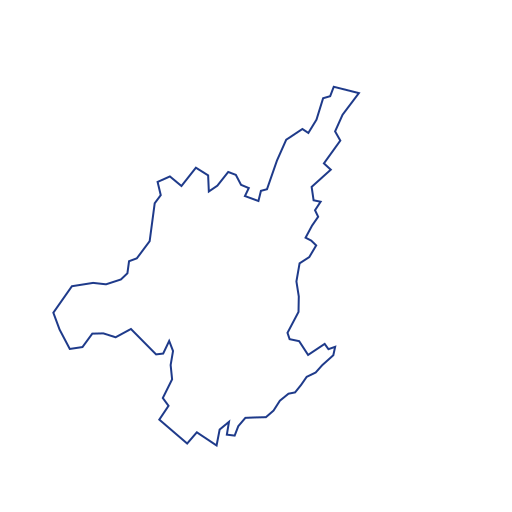 the Municipality of Kiev City, rotated 220°
{"feature_id": "UKR-4826", "entity_name": "Kiev City", "entity_type": "Municipality", "adm_level": 1, "iso_a3": "UKR", "parent_name": "Ukraine", "parent_adm1": "", "projection": "mercator", "projection_center": [30.516, 50.341], "detail": "fine", "context": "isolated", "style": "outline", "palette": "blue", "viewbox_px": 512, "rotation_deg": 220, "n_neighbors": 0, "source": "natural_earth", "source_scale": "10m", "svg_char_len": 1328}
<svg xmlns="http://www.w3.org/2000/svg" viewBox="0 0 512 512"><g transform="rotate(220 256 256)"><path d="M338.9,65.1L359.2,73.4L374.8,82.3L377.6,114.5L363.5,130.7L352.7,137.9L344.4,151.2L343.4,160.1L349.9,170.4L345.8,177.6L347.0,199.0L367.5,231.3L368.1,241.4L379.0,249.5L373.1,261.6L358.1,261.7L358.8,285.0L344.5,287.0L333.6,275.1L330.8,285.0L331.3,302.5L323.6,305.2L313.2,300.9L305.2,303.4L303.0,294.8L289.5,299.7L294.1,309.1L290.5,314.2L301.3,342.6L307.6,364.5L302.1,383.1L295.0,383.9L297.3,399.3L306.0,420.0L301.9,426.1L305.2,435.6L281.9,446.9L280.5,419.9L275.5,402.3L265.6,398.6L263.5,370.6L254.2,370.2L257.8,344.7L247.7,335.7L241.4,339.1L240.2,329.0L233.6,326.0L232.6,315.3L229.8,301.9L223.6,303.3L216.7,302.8L214.5,289.4L217.9,278.4L208.7,262.5L197.2,252.5L187.5,240.5L182.5,217.4L176.8,213.9L168.2,218.5L152.5,213.7L146.9,232.8L140.6,231.2L137.0,237.3L133.0,229.7L135.1,214.9L135.4,205.1L139.5,196.0L138.6,186.3L138.4,176.6L142.6,171.4L144.7,160.5L143.2,148.8L144.8,138.9L153.3,131.4L160.1,125.2L160.2,114.3L156.9,104.7L163.5,100.4L170.1,111.6L172.3,99.7L164.4,85.5L188.0,82.9L188.2,68.1L224.9,68.5L226.7,85.0L236.1,87.3L241.0,107.6L251.3,117.6L258.5,129.9L267.9,135.1L264.4,121.6L269.3,116.4L304.9,119.7L311.3,103.5L323.2,98.6L331.5,91.3L330.4,74.7L338.9,65.1Z" fill="none" stroke="#1e3a8a" stroke-width="2"/></g></svg>